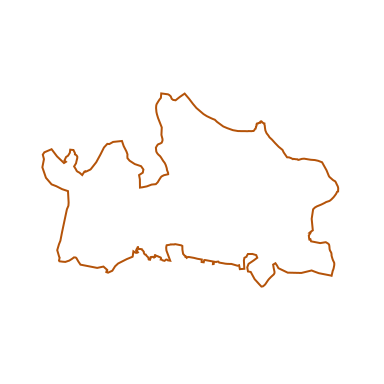 the district of At Ta'iziyah, Ta`izz, Yemen, rotated 11°
{"feature_id": "15242507B60919761418244", "entity_name": "At Ta'iziyah", "entity_type": "district", "adm_level": 2, "iso_a3": "YEM", "parent_name": "Yemen", "parent_adm1": "Ta`izz", "projection": "mercator", "projection_center": [44.019, 13.682], "detail": "fine", "context": "isolated", "style": "outline", "palette": "amber", "viewbox_px": 384, "rotation_deg": 11, "n_neighbors": 0, "source": "geoboundaries", "source_scale": "gbopen_adm2", "svg_char_len": 6004}
<svg xmlns="http://www.w3.org/2000/svg" viewBox="0 0 384 384"><g transform="rotate(11 192 192)"><path d="M309.9,137.3L306.5,137.2L302.3,137.7L295.7,137.9L293.6,138.5L292.2,139.2L290.6,140.1L290.0,140.2L289.4,139.8L288.8,139.8L288.5,139.9L288.1,140.0L285.4,140.1L284.8,140.5L283.0,139.9L280.7,139.5L278.7,139.8L274.5,135.7L272.8,133.4L268.5,131.1L264.2,128.1L260.5,125.3L257.6,123.5L256.2,122.0L254.0,120.1L252.3,117.6L251.4,115.1L250.6,112.5L249.9,111.6L250.0,110.9L248.4,110.6L246.7,109.4L246.3,109.4L245.7,109.9L245.9,111.0L245.7,111.1L245.3,110.8L244.9,111.1L244.5,111.5L244.1,111.6L243.7,112.2L242.9,112.2L242.6,112.6L242.4,113.3L242.6,113.7L242.7,113.9L242.7,114.8L242.5,115.0L242.3,115.5L242.4,116.1L242.5,116.3L242.4,116.8L242.3,117.7L242.0,117.8L241.7,118.4L241.2,119.8L240.6,120.4L239.8,120.6L238.5,121.0L235.8,121.4L235.5,121.6L225.6,123.4L220.4,123.5L214.4,122.6L210.2,121.7L203.2,118.4L200.6,116.7L198.3,116.3L196.2,115.8L192.0,114.7L188.4,113.3L180.3,108.7L176.1,105.3L171.4,101.1L166.0,96.8L162.1,100.8L160.7,102.4L158.4,105.1L155.9,105.2L154.3,104.4L152.9,102.2L151.1,101.1L149.8,100.7L143.0,101.1L143.5,105.5L142.3,107.8L141.4,110.1L140.5,112.6L140.4,113.9L140.7,116.4L141.4,118.8L141.8,120.2L142.8,122.5L144.6,125.9L150.0,134.4L151.1,141.8L151.8,143.3L152.9,145.6L153.2,146.8L153.1,148.2L152.8,149.4L151.9,150.2L150.9,150.9L149.8,151.5L149.1,152.5L148.6,153.8L148.1,155.4L149.2,159.0L149.9,160.0L150.8,160.9L151.8,161.7L152.8,162.3L153.8,162.9L154.9,163.9L157.7,166.9L159.6,168.6L160.3,169.5L161.1,170.6L162.3,172.8L162.8,173.8L163.2,175.1L164.9,177.8L165.2,179.1L161.2,180.9L159.2,182.5L158.5,183.6L158.1,184.8L157.6,185.9L156.5,189.0L155.0,191.2L151.0,192.4L150.0,193.0L146.6,195.1L142.5,196.8L140.1,197.6L138.4,189.5L136.8,185.5L140.0,182.4L140.0,179.2L137.1,176.4L130.5,175.5L124.8,173.2L122.2,171.1L121.7,169.1L121.5,167.4L119.9,164.7L116.2,160.0L113.5,155.3L105.0,157.9L101.7,160.7L99.7,160.9L97.1,165.1L95.0,172.6L92.3,181.1L88.4,188.7L88.0,189.3L84.5,191.9L83.1,192.7L83.0,192.2L82.5,192.5L81.0,196.3L77.9,194.5L75.6,193.8L74.6,193.1L73.9,192.1L71.4,189.4L72.7,185.9L72.7,184.5L72.9,180.6L72.7,179.3L71.9,178.3L70.8,177.6L69.9,177.4L69.7,176.2L67.6,173.4L64.4,173.7L64.6,176.8L63.4,180.0L61.7,181.7L60.8,185.4L62.5,186.4L60.8,188.0L52.7,182.8L46.0,176.8L39.5,181.2L38.4,183.8L40.4,188.0L40.4,196.3L45.9,205.9L52.7,211.3L57.7,212.2L64.0,214.0L70.1,214.8L72.9,225.9L73.3,229.1L72.5,232.8L72.1,256.6L72.1,265.0L71.4,268.6L70.8,274.8L74.1,281.2L74.5,281.5L74.6,282.8L74.5,284.6L75.1,285.3L78.3,285.1L81.0,284.8L84.7,282.7L87.2,280.3L88.6,278.7L90.3,278.5L91.2,279.0L93.6,281.8L96.4,284.6L113.4,284.6L119.3,282.1L123.7,284.7L123.8,286.3L123.2,286.3L123.2,287.0L125.0,287.2L128.8,284.5L130.7,279.6L133.1,276.3L140.8,270.3L146.0,266.9L146.1,266.1L146.0,265.4L145.8,261.4L147.9,262.3L148.8,262.4L150.1,261.9L150.4,261.6L150.1,261.4L149.5,260.2L148.9,259.9L148.6,260.0L148.7,260.4L148.3,260.1L148.3,259.9L148.4,259.4L148.6,259.1L148.7,258.9L148.6,258.6L148.7,258.1L149.0,257.8L149.1,257.6L149.1,256.8L149.2,256.5L149.5,256.4L149.6,256.6L150.0,257.7L150.3,258.1L150.5,258.2L150.9,258.1L151.1,258.0L151.6,257.9L152.4,257.8L153.2,257.8L153.6,258.0L153.7,257.9L154.0,258.3L155.0,258.9L156.1,259.9L156.2,260.1L156.3,260.9L157.2,262.0L157.8,262.2L158.2,262.5L158.5,262.5L158.7,262.4L159.0,262.7L159.8,263.5L161.1,264.3L161.8,265.0L161.9,265.3L162.1,265.4L162.1,266.0L162.4,266.5L162.7,266.5L163.0,266.5L163.7,266.5L163.7,266.3L163.6,266.2L163.9,265.5L164.0,265.1L164.0,264.7L163.9,264.4L163.8,263.8L164.5,263.5L166.2,263.1L166.9,263.6L167.1,263.6L167.4,263.5L167.7,263.0L168.1,262.8L168.0,262.6L168.0,262.2L167.7,261.9L167.8,261.6L167.7,261.1L168.1,261.0L168.3,261.4L170.8,261.6L171.3,261.9L172.6,262.0L173.9,262.4L174.3,263.1L174.3,263.3L174.2,263.7L174.2,264.2L174.8,264.1L175.1,264.2L176.1,264.7L176.7,264.7L177.4,264.8L178.2,264.8L179.3,263.5L179.6,263.2L180.5,263.2L180.8,263.4L181.3,263.7L183.7,263.6L178.1,254.4L177.7,253.1L177.3,251.7L177.2,250.1L177.3,249.1L180.5,247.9L181.3,247.4L181.7,247.5L183.5,247.0L184.2,247.0L185.0,246.7L185.3,246.4L191.5,246.4L192.0,246.5L192.8,246.8L193.6,250.5L195.1,254.5L195.5,254.7L196.6,255.7L197.0,255.9L197.9,256.1L198.0,256.2L198.1,256.5L198.0,257.0L198.9,257.3L199.4,257.3L199.5,257.5L199.6,257.4L199.6,257.2L199.8,256.8L200.2,256.9L201.1,256.4L206.3,256.3L210.1,256.5L214.5,256.4L214.8,258.9L216.9,258.8L217.0,257.0L216.9,256.7L217.0,256.6L217.5,256.3L226.1,256.2L226.3,258.8L227.0,258.6L227.0,256.2L229.1,256.1L229.9,255.6L231.2,255.3L232.1,256.1L236.3,256.0L238.2,256.0L240.5,255.8L244.4,255.1L250.8,255.7L252.2,254.9L253.7,258.6L258.0,257.4L256.0,249.3L256.0,246.6L257.9,245.1L258.0,244.2L258.7,242.2L263.1,241.3L267.1,241.7L268.6,244.1L265.6,247.4L261.3,251.7L261.2,252.0L260.6,255.4L262.1,259.3L262.5,259.3L264.9,259.3L270.1,265.6L275.7,269.8L278.2,271.6L279.6,271.1L280.9,269.6L281.6,268.5L283.5,264.0L284.2,262.7L285.7,260.4L288.0,257.3L288.4,256.1L288.3,254.8L286.6,250.8L285.5,247.8L287.5,246.0L289.6,248.1L291.4,250.3L301.3,252.9L314.8,250.6L324.4,246.2L327.0,246.7L332.0,247.5L343.8,247.5L345.0,247.6L345.2,242.2L345.3,242.1L345.5,241.0L345.6,239.8L345.6,236.9L345.4,235.4L345.0,234.2L343.5,232.2L342.8,231.1L341.6,228.8L341.1,227.7L340.8,226.3L340.3,225.1L339.5,224.1L338.7,223.2L338.1,222.1L337.7,220.9L337.4,219.7L337.0,218.5L336.5,217.4L335.5,216.7L334.2,216.2L333.1,215.8L332.7,215.8L327.6,217.7L318.3,217.7L317.2,215.7L316.9,215.8L316.7,216.3L316.4,216.4L316.1,215.9L315.3,213.6L315.1,212.5L315.0,212.4L316.0,209.8L315.1,209.7L316.2,208.3L317.9,206.6L314.6,195.5L314.2,185.9L315.6,183.8L317.3,182.3L321.4,179.6L324.3,177.4L325.4,176.4L326.4,175.8L327.5,175.2L328.7,174.5L329.6,173.5L330.4,172.5L331.1,171.4L331.8,170.4L332.5,169.1L333.7,166.6L334.1,165.3L334.4,164.1L334.8,163.8L335.3,163.6L335.0,161.7L334.8,160.4L334.4,159.4L333.9,158.5L332.8,157.1L331.2,154.9L330.6,154.3L329.8,153.9L328.9,153.7L328.0,153.3L324.1,151.0L323.3,150.2L319.9,145.0L314.0,138.0L309.9,137.3Z" fill="none" stroke="#b45309" stroke-width="2"/></g></svg>